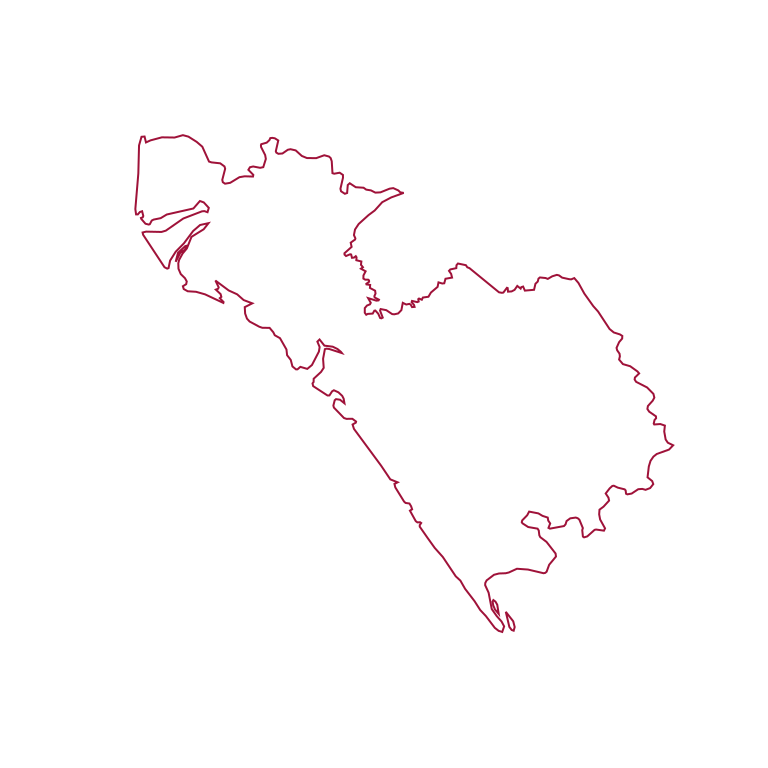 the district of Chinde, Zambezia, Mozambique, rotated 104°
{"feature_id": "85939544B82585183947830", "entity_name": "Chinde", "entity_type": "district", "adm_level": 2, "iso_a3": "MOZ", "parent_name": "Mozambique", "parent_adm1": "Zambezia", "projection": "natural_earth1", "projection_center": [36.399, -18.468], "detail": "fine", "context": "isolated", "style": "outline", "palette": "rose", "viewbox_px": 768, "rotation_deg": 104, "n_neighbors": 0, "source": "geoboundaries", "source_scale": "gbopen_adm2", "svg_char_len": 6164}
<svg xmlns="http://www.w3.org/2000/svg" viewBox="0 0 768 768"><g transform="rotate(104 384 384)"><path d="M507.0,176.5L497.9,188.1L494.8,195.3L493.2,196.7L488.7,198.4L487.2,200.0L487.9,209.5L485.7,215.9L484.8,216.9L482.9,216.9L476.7,213.3L472.7,212.3L472.2,202.9L473.6,198.3L474.0,192.8L476.8,191.6L479.1,189.0L483.8,189.6L484.2,188.0L478.3,175.0L476.3,173.9L472.8,173.7L469.3,170.8L467.2,165.6L467.4,163.5L468.4,161.6L475.7,156.2L477.8,156.3L483.9,154.1L484.4,152.8L482.7,149.9L474.6,144.4L473.9,143.0L473.1,135.1L470.6,134.6L463.2,141.5L458.4,143.7L453.8,144.5L449.9,141.3L442.7,137.4L440.0,138.7L436.6,142.4L430.7,139.8L427.7,137.8L427.1,136.4L428.0,132.1L428.0,125.0L428.8,123.8L431.9,122.6L432.2,121.2L430.4,117.2L424.6,111.9L423.3,108.0L423.4,104.6L420.6,100.6L416.0,98.5L413.3,100.3L410.8,105.7L399.9,107.1L394.1,106.8L389.3,105.0L385.9,102.4L378.7,91.6L373.5,88.6L372.3,94.4L369.7,97.3L362.3,100.6L356.4,101.4L356.0,106.2L357.9,112.0L357.2,112.7L353.5,112.8L351.4,111.7L349.6,112.3L346.7,120.0L344.5,122.4L341.5,122.6L335.1,119.2L331.8,118.4L328.4,120.2L323.7,127.9L320.9,139.9L319.0,141.9L317.0,142.1L312.0,139.0L310.5,141.1L307.2,149.4L306.9,157.0L303.4,161.8L300.1,161.8L297.6,162.8L294.9,165.9L292.7,167.1L286.5,166.0L282.3,163.9L279.7,164.4L278.8,167.1L278.4,173.5L276.1,178.4L261.9,193.8L257.8,199.8L247.8,211.5L238.9,219.8L235.2,225.0L237.2,227.7L237.5,229.7L237.7,236.9L236.3,240.4L236.3,242.7L238.8,246.8L242.4,250.5L242.1,252.9L242.9,258.5L244.4,259.6L247.4,259.6L250.1,261.3L256.3,261.2L259.3,269.9L255.8,272.6L256.8,274.2L258.4,274.5L256.6,278.4L261.1,280.1L263.3,282.6L264.4,286.0L261.0,287.2L260.9,288.0L266.4,290.3L267.0,291.7L267.2,294.6L250.9,329.1L250.6,331.4L248.9,333.3L249.2,341.4L251.2,342.4L254.1,341.9L256.8,347.4L258.5,348.3L260.9,345.5L264.3,343.7L267.0,349.8L271.7,349.9L272.4,351.8L272.2,355.7L276.8,355.5L283.9,360.6L288.6,362.0L290.7,367.2L293.1,367.7L292.6,370.7L293.4,371.3L295.6,370.3L296.5,371.5L296.6,376.9L297.9,377.0L300.0,374.0L301.8,373.0L302.6,375.4L300.6,377.2L300.1,378.7L301.5,381.7L300.7,385.4L308.1,385.0L312.1,387.3L313.9,390.9L314.2,393.0L311.8,399.6L312.1,405.4L313.7,405.6L319.9,401.3L320.9,402.4L320.9,403.7L317.2,406.6L314.8,410.2L315.2,411.1L318.4,412.0L319.9,416.7L321.1,418.0L319.5,419.9L315.0,421.0L312.0,419.5L310.1,416.9L308.4,416.5L304.5,420.2L305.0,411.6L304.2,409.5L303.4,409.3L302.3,414.0L301.1,414.6L298.3,414.1L295.6,415.2L294.2,420.9L291.2,421.4L291.6,425.1L291.1,425.4L288.4,423.2L287.1,423.6L286.6,424.6L287.3,427.5L286.7,429.5L283.6,430.2L279.1,429.1L277.7,434.3L275.8,432.7L273.9,435.2L270.6,435.6L270.6,440.8L267.7,441.3L266.8,442.3L268.6,443.7L269.3,445.6L266.3,447.2L266.3,448.2L269.0,451.8L268.0,453.6L266.7,454.0L258.8,448.6L254.9,450.5L250.8,447.0L249.6,447.0L246.8,449.2L241.1,449.5L234.9,447.3L223.9,439.9L217.9,435.0L208.0,429.7L201.2,422.1L193.8,411.1L194.1,414.5L192.7,417.0L191.7,422.4L193.1,425.8L198.9,433.8L200.4,438.7L199.3,443.5L199.7,448.3L198.5,451.3L199.9,459.0L197.5,465.8L199.7,467.3L207.6,466.0L208.9,468.0L207.4,472.3L205.1,473.5L193.8,473.7L191.1,474.4L189.7,478.1L192.0,483.2L191.9,485.0L180.5,488.6L177.7,490.4L176.6,492.4L176.5,497.3L181.3,504.5L183.4,513.5L182.6,518.9L178.7,526.2L178.8,531.5L180.0,534.0L184.9,538.3L186.2,542.2L185.5,544.5L184.3,545.3L173.3,545.5L172.0,549.4L172.2,551.9L172.9,553.8L175.1,554.2L178.2,556.2L181.0,561.1L182.0,561.2L183.8,560.6L190.6,554.7L194.2,553.1L202.8,553.6L204.2,556.5L204.6,563.6L206.1,566.5L209.0,567.4L212.7,561.4L214.4,561.3L216.2,569.5L218.3,574.3L226.0,581.9L228.1,586.7L227.2,589.2L225.1,590.3L213.6,590.2L211.5,591.4L209.5,596.3L210.7,605.0L210.5,607.6L197.7,617.7L194.4,624.3L191.3,633.6L191.2,639.3L195.5,646.8L198.4,659.2L204.1,669.5L207.2,673.4L201.8,676.2L202.8,679.1L211.8,679.4L239.2,673.3L274.4,667.6L279.4,665.6L279.0,663.9L276.2,662.5L274.9,660.5L279.2,658.2L280.6,658.4L281.7,660.0L282.5,659.5L286.2,654.2L286.2,650.8L285.6,649.9L281.6,648.9L280.2,647.3L277.1,640.8L272.1,635.8L259.8,611.4L251.0,606.9L251.4,602.8L255.5,596.6L260.0,596.8L259.7,600.1L260.5,602.4L272.0,618.8L288.0,632.8L290.3,636.7L293.7,651.7L295.4,654.9L297.5,653.8L323.8,625.2L324.5,622.3L323.7,621.1L316.0,621.4L306.0,618.1L296.0,612.2L281.7,606.2L274.2,600.9L270.4,593.2L277.5,596.4L287.8,606.4L300.2,608.1L306.2,611.0L313.1,612.8L316.6,612.8L321.9,611.3L326.5,607.8L329.5,602.7L332.2,600.2L335.0,600.1L337.8,602.8L340.3,601.3L341.5,596.9L340.0,588.7L340.3,579.3L344.2,559.5L343.3,559.5L340.4,564.1L338.8,562.9L336.3,564.3L333.1,570.0L331.7,568.0L330.2,567.8L324.4,572.6L330.8,557.3L332.5,548.2L336.5,540.5L337.6,531.3L343.1,537.7L349.2,535.8L353.7,532.8L355.9,529.5L358.6,518.9L358.9,515.6L357.2,508.6L360.6,503.9L363.1,501.8L364.7,496.0L374.1,487.0L379.5,485.0L383.2,480.3L389.1,477.1L391.1,472.9L390.7,471.5L387.6,469.3L387.9,462.1L383.0,458.5L368.3,455.0L363.7,455.4L359.0,458.9L356.4,457.3L361.2,451.1L360.2,442.8L361.3,437.6L363.2,433.6L364.2,432.3L363.3,445.5L363.6,448.3L364.5,449.8L374.3,449.2L382.9,446.4L387.5,448.0L395.9,453.5L399.1,452.8L400.7,453.5L403.2,452.2L408.8,436.1L408.3,434.2L403.7,432.6L402.2,431.1L403.1,426.2L405.6,421.7L408.0,419.6L412.3,417.7L409.9,422.9L410.3,426.9L411.7,427.9L417.2,427.9L419.0,426.9L426.7,414.6L426.9,412.0L425.4,406.3L427.2,402.0L428.3,402.0L430.9,404.7L434.8,402.3L463.9,367.1L475.0,354.8L476.1,347.0L478.4,349.7L481.6,348.0L493.2,336.1L494.2,334.3L493.8,330.4L496.1,328.1L498.8,326.4L500.6,328.2L509.4,320.0L510.2,318.1L509.4,315.6L509.9,314.3L512.3,315.2L513.8,314.8L522.7,304.6L530.8,295.1L537.6,285.1L553.3,267.8L556.3,262.3L563.1,255.8L572.8,243.6L580.0,236.0L584.6,228.9L593.8,217.5L595.8,213.0L596.0,209.3L590.1,208.8L586.0,212.5L581.9,218.5L576.3,225.0L561.2,232.0L554.7,237.2L552.5,237.6L549.7,236.9L542.5,231.1L540.0,226.5L538.2,220.2L536.7,217.3L531.1,210.3L529.2,199.4L529.0,183.4L528.3,181.9L526.8,180.8L519.4,180.0L509.8,175.4L507.0,176.5ZM575.6,210.7L589.4,203.6L591.8,200.6L592.0,198.5L588.2,198.4L583.0,201.2L575.6,210.7ZM579.3,217.1L570.8,220.7L568.2,223.2L567.2,225.6L568.8,226.0L572.3,224.5L575.9,221.8L579.3,217.1ZM315.8,615.7L305.9,613.4L301.8,609.6L297.6,608.9L298.3,610.2L306.5,615.6L315.8,615.7Z" fill="none" stroke="#9f1239" stroke-width="2"/></g></svg>